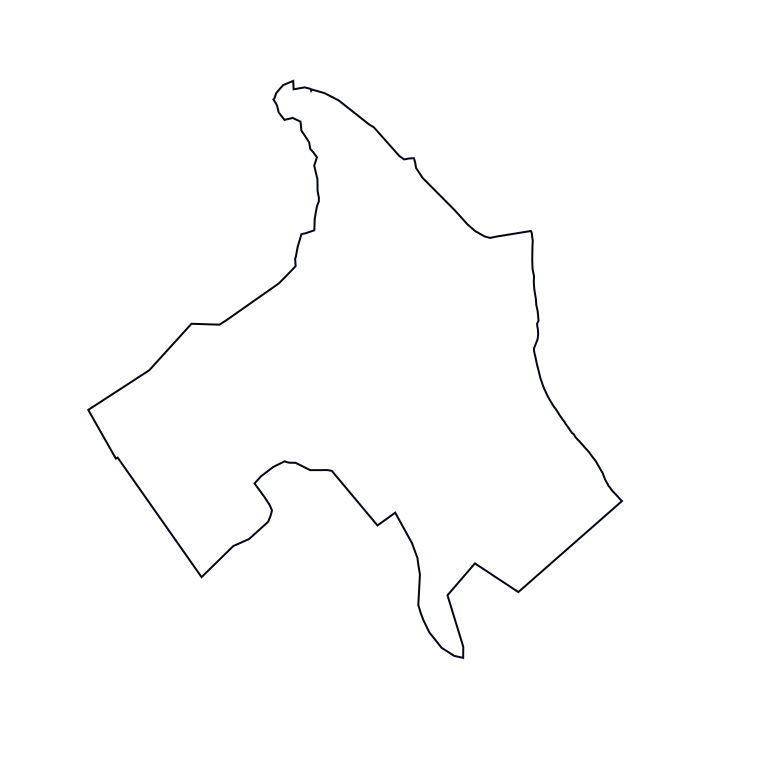 Vide Bouteille, Castries, Saint Lucia, rotated 112°
{"feature_id": "8701671B48766638933033", "entity_name": "Vide Bouteille", "entity_type": "district", "adm_level": 2, "iso_a3": "LCA", "parent_name": "Saint Lucia", "parent_adm1": "Castries", "projection": "mercator", "projection_center": [-60.981, 14.025], "detail": "fine", "context": "isolated", "style": "outline", "palette": "ink", "viewbox_px": 768, "rotation_deg": 112, "n_neighbors": 0, "source": "geoboundaries", "source_scale": "gbopen_adm2", "svg_char_len": 3070}
<svg xmlns="http://www.w3.org/2000/svg" viewBox="0 0 768 768"><g transform="rotate(112 384 384)"><path d="M517.6,337.1L508.5,331.3L499.1,325.4L509.3,312.9L521.1,298.4L530.4,290.0L532.8,287.8L539.0,284.3L547.2,279.3L576.1,269.4L578.5,267.4L582.3,264.4L587.1,260.0L588.5,258.7L590.1,256.9L597.4,248.8L607.0,231.8L609.0,221.2L609.8,216.9L609.6,216.0L608.3,208.0L598.1,212.0L595.8,213.8L556.1,246.0L516.3,232.5L526.6,181.5L403.4,119.5L402.5,121.7L400.4,125.9L398.5,130.1L397.3,132.7L396.8,133.5L395.3,135.8L394.3,137.8L393.3,138.8L391.6,140.9L390.2,142.7L389.3,143.6L387.0,145.8L384.9,147.6L382.3,151.0L380.3,153.5L378.6,155.8L376.5,158.3L375.1,160.7L373.9,162.8L371.9,166.0L370.5,168.1L368.8,171.6L367.6,174.1L366.0,177.2L364.9,179.5L363.6,182.0L363.0,183.7L362.1,185.4L361.3,187.0L360.4,188.1L359.5,189.2L359.0,191.3L357.6,193.4L356.8,194.7L355.8,196.0L355.4,196.8L354.4,198.3L353.6,199.6L353.2,200.3L351.5,202.4L350.1,205.0L349.5,205.8L348.7,207.1L347.9,208.2L347.5,209.0L346.0,210.9L344.0,213.7L342.6,215.8L342.0,216.9L341.5,217.8L341.0,218.5L339.4,220.7L337.6,223.1L336.2,224.9L334.5,227.0L333.6,228.1L332.8,229.0L332.0,229.7L331.0,230.9L329.8,232.1L328.7,233.4L326.3,235.7L322.7,238.8L320.4,240.8L319.8,241.3L318.7,242.1L317.3,243.1L315.0,244.7L311.8,247.1L308.3,249.7L304.1,252.5L301.7,254.1L300.8,254.8L297.1,257.3L294.6,258.3L289.6,258.3L286.5,258.3L284.2,258.5L279.6,259.9L275.5,261.9L273.0,263.5L270.7,264.7L267.5,264.4L264.2,266.1L259.1,268.7L253.5,272.5L248.1,275.1L245.6,276.7L239.7,280.2L233.8,283.1L227.7,285.4L225.6,286.8L221.6,289.4L218.5,290.8L214.0,292.8L205.0,296.3L200.5,298.0L195.3,299.8L191.6,302.0L188.8,303.4L187.1,305.1L205.4,335.3L208.8,340.3L209.5,345.9L208.1,356.6L204.7,366.5L196.4,383.5L178.5,425.3L171.7,435.2L166.9,438.1L163.4,440.9L165.5,445.2L168.2,449.4L166.9,455.1L149.7,489.8L149.0,494.8L138.0,532.4L136.6,548.0L138.0,561.4L139.3,561.5L137.9,562.7L138.7,568.7L144.6,578.2L137.0,581.7L144.6,589.5L145.3,589.7L147.2,590.4L154.6,592.9L159.7,592.6L161.8,593.0L162.2,592.3L164.6,589.0L166.0,587.4L167.9,586.0L170.8,584.0L171.7,583.3L176.4,575.2L171.5,568.3L171.6,566.8L172.0,559.8L175.8,557.6L179.8,555.7L183.4,550.5L184.0,549.6L188.0,543.9L193.7,540.4L195.6,536.4L199.0,531.1L207.7,530.5L214.5,525.7L218.9,522.5L228.7,518.4L230.4,517.6L235.8,514.1L239.2,512.8L244.0,512.8L249.0,511.8L256.8,510.1L267.6,506.2L272.2,511.5L272.7,512.1L273.4,512.8L275.9,516.7L289.3,515.4L298.1,513.6L298.9,513.4L300.9,513.4L307.8,510.1L321.2,515.4L325.6,517.3L329.0,518.7L331.1,519.8L332.3,520.6L383.7,553.9L389.8,558.2L390.6,558.7L400.3,585.1L401.2,585.4L426.9,594.9L459.2,606.8L518.8,648.5L553.6,604.7L552.0,603.4L631.4,480.8L593.6,464.3L592.6,463.9L590.4,462.8L585.0,457.5L578.2,451.0L555.8,440.1L555.0,439.8L548.3,439.8L543.2,440.5L539.1,444.6L534.5,451.2L533.5,452.6L530.4,457.6L524.7,466.8L516.6,463.8L515.7,463.5L505.1,457.2L502.4,455.6L497.0,450.8L492.8,447.0L492.8,444.4L492.4,442.2L490.2,436.5L490.4,434.5L490.5,432.8L490.6,431.2L491.5,420.1L490.4,417.4L485.0,404.2L484.1,399.8L517.6,337.1Z" fill="none" stroke="#020617" stroke-width="2"/></g></svg>